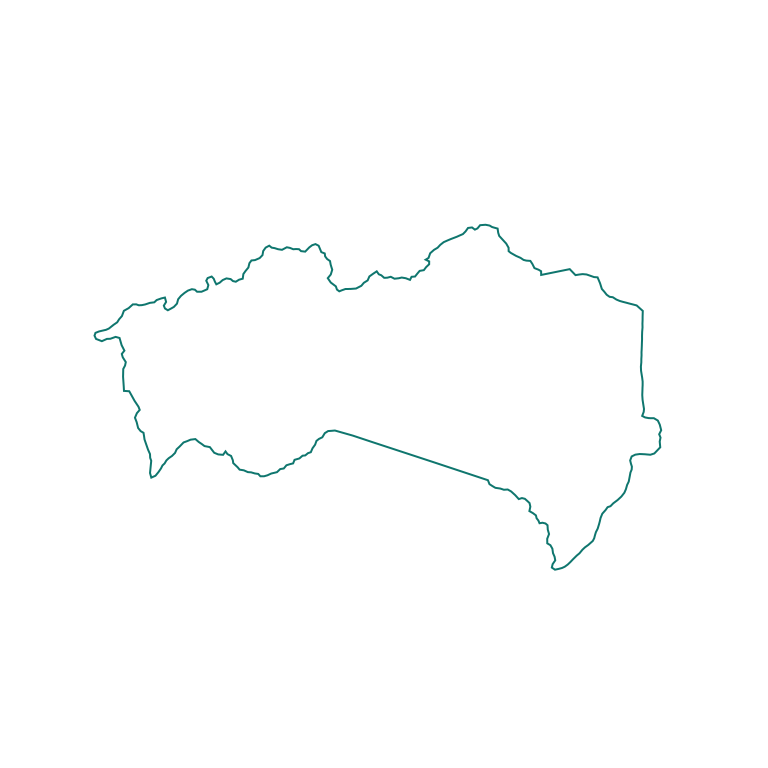 the district of Jacaraci, Bahia, Brazil, rotated 37°
{"feature_id": "56859067B69691333207758", "entity_name": "Jacaraci", "entity_type": "district", "adm_level": 2, "iso_a3": "BRA", "parent_name": "Brazil", "parent_adm1": "Bahia", "projection": "robinson", "projection_center": [-42.339, -14.806], "detail": "fine", "context": "isolated", "style": "outline", "palette": "teal", "viewbox_px": 768, "rotation_deg": 37, "n_neighbors": 0, "source": "geoboundaries", "source_scale": "gbopen_adm2", "svg_char_len": 4989}
<svg xmlns="http://www.w3.org/2000/svg" viewBox="0 0 768 768"><g transform="rotate(37 384 384)"><path d="M381.2,191.5L378.2,192.7L375.8,193.6L373.0,193.9L369.3,195.7L365.2,199.3L365.0,203.5L363.7,206.0L360.1,206.0L357.2,208.8L357.3,213.1L356.8,216.8L355.3,219.4L353.6,222.5L351.6,225.7L350.1,228.1L348.3,231.2L346.3,234.8L345.2,239.0L344.8,242.9L343.2,246.8L342.2,251.8L343.7,256.5L342.5,259.6L346.3,258.9L348.0,261.2L347.3,265.3L347.3,269.1L344.4,272.2L344.2,275.6L344.1,279.5L341.5,281.8L342.1,285.2L337.8,286.4L334.1,288.3L332.1,290.7L329.0,293.6L324.9,294.3L322.5,297.3L320.2,299.1L316.4,298.8L313.8,299.5L310.4,298.4L308.9,302.7L307.6,306.9L308.6,311.1L307.0,315.3L306.8,319.2L304.2,324.6L300.2,328.1L296.0,331.4L294.0,334.4L292.5,336.9L289.6,336.9L286.8,335.0L283.2,335.0L280.4,335.0L275.4,333.3L275.6,328.6L273.9,323.9L269.6,320.8L266.9,318.3L263.3,318.4L260.2,317.5L258.1,315.4L254.6,316.4L252.2,315.0L248.6,312.9L245.1,313.5L243.1,316.4L242.1,319.9L241.4,325.7L237.8,327.8L235.0,327.5L232.6,329.1L230.4,331.0L227.0,331.9L224.1,333.3L221.8,338.2L218.3,340.1L214.9,341.3L212.2,342.7L209.1,342.6L207.4,346.3L207.5,350.5L209.4,354.2L208.9,358.3L206.4,362.7L203.8,365.1L203.8,368.5L205.6,372.6L205.4,377.1L205.5,380.8L207.8,384.9L205.5,387.9L204.1,391.5L201.4,392.7L198.4,392.5L194.6,394.5L192.6,398.1L191.8,402.0L190.1,405.3L187.3,404.0L184.7,402.4L181.7,401.9L179.4,405.5L179.9,408.5L184.2,410.7L185.8,414.7L184.3,417.4L182.7,420.2L179.2,422.8L176.2,422.5L173.5,423.9L171.2,427.4L169.9,431.2L168.8,435.8L168.6,440.2L170.3,444.4L169.8,448.9L168.6,451.7L167.0,455.2L163.6,455.5L161.0,453.9L160.6,449.6L157.0,446.8L154.6,449.7L151.9,453.8L151.4,457.0L148.2,460.1L145.4,464.2L143.1,466.8L140.8,468.7L138.2,469.5L135.5,471.6L134.4,477.1L132.2,482.1L133.8,487.4L133.5,491.7L133.8,495.3L132.4,499.5L130.9,505.3L129.4,508.0L127.3,510.5L124.8,513.5L122.8,516.8L123.7,519.6L126.9,521.3L132.9,519.6L135.6,514.7L138.2,512.6L141.3,507.9L145.1,506.4L151.1,510.9L156.6,513.6L156.5,517.8L159.3,519.9L164.6,521.9L166.1,525.1L166.7,528.9L171.3,535.3L177.8,542.8L180.5,546.0L184.9,543.1L195.0,547.6L201.6,549.9L204.5,551.7L204.2,556.0L205.4,560.8L209.4,563.3L214.1,567.1L218.0,568.1L221.3,567.7L224.0,570.3L226.1,572.4L235.0,578.4L239.3,580.8L241.7,583.7L244.3,585.4L250.7,595.9L254.5,598.8L256.7,594.8L256.9,590.1L256.7,585.6L256.1,582.4L256.6,579.5L256.2,576.0L256.7,572.9L258.0,569.0L258.6,564.8L257.7,560.9L258.4,557.0L259.1,551.3L261.3,547.9L263.0,544.9L266.5,541.5L270.9,541.8L274.6,541.6L278.0,541.6L282.9,539.2L286.5,540.2L289.8,541.1L294.0,540.0L298.1,537.4L298.0,533.2L301.2,534.2L305.2,533.5L309.2,535.9L311.2,537.9L313.9,538.2L317.3,538.6L320.2,539.3L324.0,537.3L328.3,536.3L331.1,534.5L334.6,533.2L337.7,531.5L340.8,532.1L343.8,529.8L345.9,527.0L347.8,523.4L351.6,518.8L352.3,514.4L354.8,511.8L355.0,507.6L357.3,504.4L359.2,502.1L358.2,498.4L361.2,494.4L362.1,490.3L364.1,488.4L364.9,485.0L366.6,482.5L365.6,478.4L365.5,473.9L364.3,470.1L365.1,467.0L366.8,463.7L366.3,458.9L367.7,455.2L369.9,453.3L372.8,450.7L390.1,444.0L409.1,437.6L469.8,416.9L524.9,398.3L528.5,400.5L531.6,400.3L535.4,399.9L539.8,397.5L543.4,396.3L546.3,393.8L550.2,393.3L555.7,393.8L560.9,394.8L562.8,392.1L565.6,390.9L569.2,391.2L571.9,391.5L574.7,393.9L576.6,398.0L580.7,397.5L584.4,397.5L586.7,399.4L589.4,400.1L592.0,401.6L594.1,399.4L596.9,398.2L599.6,398.4L602.5,401.8L606.1,404.5L607.5,409.4L610.3,413.0L613.9,412.6L617.6,414.2L620.8,417.4L624.2,419.3L626.9,421.8L627.1,426.4L628.5,429.6L632.3,429.4L634.8,426.5L636.9,423.8L638.3,421.2L639.4,417.6L640.0,414.0L640.4,410.4L641.2,405.0L642.0,401.6L642.2,397.0L642.8,393.5L644.0,389.6L645.2,383.7L644.7,380.7L643.5,377.8L642.4,374.8L641.7,370.9L640.1,366.5L639.0,363.8L637.6,360.7L636.4,356.2L636.8,351.3L636.7,347.8L638.4,345.3L638.9,341.3L640.4,336.1L641.3,331.1L641.4,326.2L640.5,322.4L638.9,318.3L638.2,314.7L636.3,310.8L634.1,306.4L633.3,303.3L631.7,300.8L629.3,299.1L626.6,296.9L625.4,292.8L627.2,289.2L630.4,286.0L634.5,283.2L639.3,280.2L641.7,276.8L642.2,272.7L642.7,268.3L638.8,264.0L637.1,260.4L634.0,258.5L633.2,254.1L628.7,250.5L624.7,248.4L620.1,248.9L616.2,251.8L612.6,253.6L609.4,254.1L608.2,250.0L606.7,247.5L603.8,244.7L600.1,241.1L596.9,237.4L594.6,234.1L592.9,231.7L591.2,229.2L589.1,226.4L586.5,223.7L584.2,221.5L581.3,218.7L578.7,215.5L576.5,211.9L574.5,209.2L572.5,206.2L570.5,203.6L568.9,201.2L567.1,198.6L565.2,195.9L563.2,193.0L561.2,190.4L558.8,187.0L556.4,183.2L554.1,180.3L552.1,177.4L549.8,174.3L546.7,169.9L538.5,169.2L535.8,170.3L531.5,172.1L528.5,173.3L525.4,174.6L522.3,175.8L518.8,176.7L514.5,177.0L511.7,178.6L508.1,178.7L504.3,177.7L500.8,177.0L495.9,173.5L492.8,171.7L490.4,170.3L487.4,172.2L483.3,173.5L479.9,174.6L476.5,176.7L474.1,179.0L471.4,181.8L463.2,180.5L443.9,202.3L441.6,199.4L438.7,199.7L434.4,200.9L430.2,198.8L426.8,197.6L423.4,199.8L420.8,200.9L417.1,201.1L412.4,202.2L406.3,203.0L403.6,202.9L401.5,200.2L397.1,198.3L386.9,196.4L384.2,194.5L381.2,191.5Z" fill="none" stroke="#0f766e" stroke-width="2"/></g></svg>